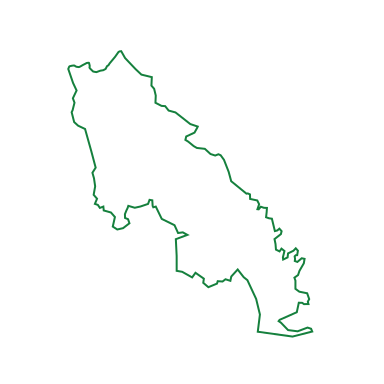 Tranqueras, Rivera, Uruguay, rotated 12°
{"feature_id": "84410073B22832940663467", "entity_name": "Tranqueras", "entity_type": "district", "adm_level": 2, "iso_a3": "URY", "parent_name": "Uruguay", "parent_adm1": "Rivera", "projection": "natural_earth1", "projection_center": [-55.729, -31.199], "detail": "fine", "context": "isolated", "style": "outline", "palette": "green", "viewbox_px": 384, "rotation_deg": 12, "n_neighbors": 0, "source": "geoboundaries", "source_scale": "gbopen_adm2", "svg_char_len": 2654}
<svg xmlns="http://www.w3.org/2000/svg" viewBox="0 0 384 384"><g transform="rotate(12 192 192)"><path d="M93.5,69.0L92.0,69.5L91.0,70.3L88.6,75.9L84.7,83.3L83.9,85.4L82.7,86.6L81.9,89.6L79.9,91.3L77.1,92.4L73.6,94.6L71.9,94.7L70.5,94.7L70.0,94.6L69.9,94.5L69.6,94.3L68.0,93.3L66.8,92.5L66.2,92.0L65.9,91.7L65.8,90.6L65.7,89.8L65.6,89.6L65.1,88.5L64.6,87.5L64.5,87.3L64.3,87.1L63.9,87.1L63.0,87.4L62.2,87.7L61.9,87.9L61.4,88.4L58.7,90.6L57.3,91.9L56.1,92.9L55.8,93.1L55.3,93.3L55.0,93.4L54.6,93.4L53.6,93.5L53.0,93.5L52.4,93.4L51.9,93.3L51.1,92.9L50.8,92.8L50.6,92.8L50.4,92.8L50.2,92.8L48.1,93.5L47.6,93.8L47.3,93.9L46.3,94.4L46.1,94.5L45.8,95.1L45.7,95.5L45.6,96.1L45.4,97.4L53.0,110.1L58.0,116.7L56.0,125.1L58.5,129.1L58.2,136.9L57.7,139.0L62.2,148.1L66.8,150.8L74.3,152.6L85.2,173.4L92.7,188.2L90.6,193.9L93.3,199.0L96.1,206.6L96.4,215.2L100.5,218.3L99.5,223.8L102.6,224.2L105.2,226.7L108.3,224.7L109.5,228.4L117.0,228.9L121.8,232.5L121.7,242.3L126.7,244.2L132.1,241.7L137.3,235.6L135.1,231.9L131.9,231.3L131.0,227.6L131.7,223.6L132.3,221.3L132.6,218.8L139.3,219.3L144.6,216.9L151.5,212.8L152.1,208.5L154.9,208.4L156.4,213.8L157.3,215.0L159.6,213.8L168.0,224.6L181.8,228.1L186.9,235.0L191.4,233.4L196.4,234.9L186.0,241.5L190.3,257.8L193.4,272.3L199.0,272.1L209.9,275.5L212.2,270.3L221.6,274.3L221.9,278.5L227.8,281.7L235.5,276.4L235.7,273.9L240.5,273.2L242.9,270.4L248.0,270.9L248.0,266.5L252.8,258.3L260.3,264.6L264.5,266.7L277.0,283.3L283.9,297.7L285.4,315.0L320.4,312.5L338.6,303.5L336.9,301.0L333.2,300.6L324.3,306.3L314.7,307.1L306.1,301.3L303.6,300.3L304.3,298.8L319.5,287.8L319.5,278.1L322.9,277.5L324.8,278.4L329.2,277.4L328.1,275.2L328.9,272.4L325.7,267.1L317.7,267.2L313.3,265.2L311.6,257.2L310.0,254.5L313.0,251.2L313.5,246.8L316.2,238.5L316.0,234.0L313.1,234.0L309.6,238.5L306.9,238.1L306.7,236.0L305.8,233.6L306.6,232.3L308.0,231.9L307.8,227.4L305.2,225.5L303.4,228.4L298.7,232.1L299.1,236.1L295.2,239.1L294.5,237.0L294.7,230.5L291.3,228.8L290.0,231.9L286.1,230.9L284.5,225.5L282.5,220.9L287.7,214.7L287.8,211.7L285.1,209.7L283.4,211.9L281.2,213.0L275.7,201.5L272.8,201.7L269.7,201.3L269.2,196.1L268.6,192.0L265.6,192.5L262.4,192.1L260.8,195.1L259.6,195.2L260.2,190.0L257.6,186.7L250.3,186.7L249.2,182.3L246.9,181.8L245.6,182.3L228.1,173.3L223.7,164.7L216.6,153.9L212.4,150.1L210.0,149.6L207.1,151.5L202.2,151.0L195.6,147.1L187.6,147.9L184.0,146.7L177.8,143.5L174.7,142.4L174.8,138.9L182.1,133.4L183.8,127.9L184.0,126.8L176.2,125.9L159.3,117.6L152.2,117.2L147.9,113.6L144.3,114.1L137.7,112.3L136.5,105.2L133.5,98.9L130.2,96.4L128.8,88.0L118.1,87.7L111.2,83.5L98.7,74.9L93.5,69.0Z" fill="none" stroke="#15803d" stroke-width="2"/></g></svg>